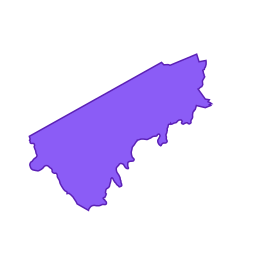 the district of Dubonaire, Dennery, Saint Lucia, rotated 145°
{"feature_id": "8701671B43196595047489", "entity_name": "Dubonaire", "entity_type": "district", "adm_level": 2, "iso_a3": "LCA", "parent_name": "Saint Lucia", "parent_adm1": "Dennery", "projection": "albers", "projection_center": [-60.92, 13.929], "detail": "fine", "context": "isolated", "style": "filled", "palette": "violet", "viewbox_px": 256, "rotation_deg": 145, "n_neighbors": 0, "source": "geoboundaries", "source_scale": "gbopen_adm2", "svg_char_len": 5711}
<svg xmlns="http://www.w3.org/2000/svg" viewBox="0 0 256 256"><g transform="rotate(145 128 128)"><path d="M213.6,177.8L213.7,177.6L214.0,176.7L214.2,175.8L214.5,175.0L214.6,174.9L214.9,174.7L215.5,174.6L215.7,174.4L215.8,174.3L215.8,174.1L215.7,173.5L215.8,173.2L215.9,172.9L216.4,172.3L216.5,172.2L216.5,171.8L216.4,171.4L216.2,171.0L215.8,170.6L215.5,170.4L215.1,170.2L214.7,169.9L214.1,169.3L214.1,169.2L214.0,168.7L214.3,167.7L214.4,167.4L214.9,167.0L215.2,166.8L215.5,166.6L215.7,166.4L216.4,163.9L216.6,162.6L216.9,162.0L217.2,161.3L217.8,159.9L217.9,159.5L217.9,159.0L218.0,158.5L218.1,158.2L218.2,157.9L218.4,157.6L218.6,157.4L219.2,157.0L219.3,156.9L219.6,156.8L220.2,156.7L220.8,156.6L221.2,156.6L222.0,156.7L222.5,156.6L223.3,156.5L225.3,155.8L225.8,155.7L226.5,155.8L227.0,155.8L227.7,155.6L228.4,155.2L228.7,155.0L229.5,154.2L229.7,153.9L229.8,153.6L230.5,151.5L230.6,150.5L230.6,150.1L230.3,149.0L230.1,148.6L229.9,148.2L228.5,146.7L228.1,146.2L227.6,145.8L226.9,145.0L226.5,144.7L226.3,144.5L225.8,144.3L225.0,144.1L223.3,143.9L222.6,143.9L221.4,143.9L220.6,144.0L218.9,144.5L218.6,144.6L217.4,144.5L217.1,144.4L216.8,144.3L216.2,143.9L215.5,143.2L215.2,142.4L215.0,141.7L214.8,140.5L214.1,138.7L214.1,138.4L214.1,137.5L214.1,137.3L214.5,136.8L215.0,136.1L215.1,135.8L215.2,135.2L215.1,134.7L214.9,134.1L214.3,133.2L214.1,133.0L213.8,132.8L213.0,132.4L212.9,132.2L212.7,131.6L212.7,131.1L212.9,130.1L213.1,129.8L213.2,129.6L213.7,128.8L213.9,128.6L214.0,127.9L214.1,126.7L214.2,125.2L214.3,124.4L214.7,123.3L215.3,121.8L215.4,121.3L215.5,120.8L215.6,119.9L215.8,118.2L215.8,117.3L215.9,115.5L215.9,114.7L215.8,113.7L215.7,112.9L214.9,111.2L214.7,110.8L214.8,110.4L214.9,110.0L215.6,109.2L213.8,108.3L213.1,105.9L212.6,102.9L212.7,100.9L212.8,97.3L213.2,95.0L207.6,83.2L207.0,83.8L206.6,84.0L204.8,84.7L203.5,85.0L202.8,85.0L202.0,84.9L200.9,84.5L199.9,83.9L198.6,82.6L196.4,81.0L195.5,80.6L193.2,80.1L192.5,79.9L192.0,79.5L191.2,78.8L190.7,78.4L190.1,78.2L189.6,78.2L189.3,78.3L189.1,78.4L188.8,78.8L188.6,79.0L188.3,79.7L188.2,80.2L188.3,80.9L188.4,81.4L188.4,81.5L188.5,81.6L188.5,81.8L188.3,82.8L188.6,83.1L188.8,83.5L188.8,84.0L188.7,84.3L188.6,84.8L188.0,84.9L187.5,84.8L187.0,84.5L186.8,84.4L186.6,84.5L185.9,85.0L185.1,85.3L184.8,85.5L184.2,86.1L183.9,86.3L183.6,86.4L183.6,86.6L183.7,87.6L183.6,87.9L182.7,88.9L181.7,89.9L181.3,90.2L180.4,90.5L179.2,90.4L178.0,90.4L177.4,90.6L176.5,91.0L176.0,91.5L175.7,91.8L175.2,92.3L173.9,93.3L173.0,94.0L172.2,94.8L171.9,95.2L171.5,95.7L171.0,96.2L170.7,96.3L170.4,96.4L170.0,96.5L169.9,96.4L169.6,96.2L169.4,95.8L169.4,95.2L169.6,94.5L169.8,92.7L169.8,91.7L169.9,91.4L169.7,90.6L169.6,89.7L169.6,89.1L169.7,88.6L169.7,88.3L169.5,87.6L169.4,87.0L169.1,86.4L169.0,85.8L169.0,85.0L168.9,84.8L168.7,84.7L168.3,84.5L167.2,84.4L166.7,84.2L166.4,84.3L166.0,84.6L165.3,86.0L165.2,86.4L165.1,87.1L164.9,87.6L164.2,88.7L163.9,90.1L163.3,91.4L163.0,91.9L162.6,94.2L162.5,95.1L162.5,97.9L162.3,98.7L161.9,99.8L161.2,101.1L160.5,101.9L159.8,102.3L159.2,102.4L158.7,102.5L157.6,102.8L157.3,102.8L156.6,103.0L155.9,103.4L155.7,103.4L154.6,103.3L154.3,103.1L153.4,102.3L152.9,101.4L152.6,100.8L152.7,98.9L152.8,98.5L152.8,97.7L152.7,96.8L152.5,96.0L152.3,95.6L151.5,94.8L151.0,94.6L150.6,94.9L150.5,95.1L150.2,96.6L149.6,97.6L148.7,98.9L147.9,99.7L147.4,99.9L146.3,99.8L146.0,99.7L145.6,99.6L144.7,99.2L144.4,98.9L143.3,98.3L142.7,98.0L142.1,98.0L141.4,98.4L141.1,98.6L140.9,99.2L140.9,99.8L141.1,100.7L141.2,101.8L140.6,103.7L140.3,104.4L139.6,105.7L139.1,106.5L137.7,107.7L137.0,108.3L136.3,109.0L135.8,109.6L135.4,109.9L135.0,109.9L133.7,110.4L132.3,110.7L131.6,111.1L130.5,111.5L129.8,111.8L129.1,112.0L128.4,112.1L128.1,112.2L127.9,112.3L127.5,112.7L127.3,112.8L126.9,112.4L125.8,112.1L123.8,111.5L123.0,111.0L121.7,110.1L119.2,107.8L118.9,107.6L118.2,107.4L116.7,107.2L115.2,106.8L114.3,106.8L112.6,106.8L110.7,105.9L109.6,105.2L108.7,105.1L108.2,105.3L108.1,105.5L107.6,105.6L106.7,105.6L106.1,105.3L106.0,104.9L106.0,104.2L106.0,103.6L106.3,103.2L106.9,102.7L107.6,102.4L108.5,101.9L109.7,101.3L110.6,100.9L111.2,100.1L111.6,99.4L111.9,98.1L112.0,96.6L111.8,95.8L111.6,95.2L111.4,94.7L111.1,94.7L110.7,94.7L110.0,95.3L108.2,95.5L107.8,95.4L106.1,94.3L105.5,94.1L105.1,94.0L104.7,94.1L104.2,94.2L103.7,94.5L103.4,95.0L103.2,95.5L103.0,97.0L101.6,98.7L101.5,99.3L101.3,99.8L100.6,100.9L99.4,101.6L98.9,102.0L98.4,102.4L97.8,103.1L97.2,103.5L96.5,104.7L96.1,105.2L95.9,105.3L94.8,105.8L94.1,106.5L93.2,107.4L92.8,107.6L92.4,107.6L92.1,107.5L91.9,107.3L91.6,107.1L91.0,106.9L90.5,107.2L90.7,106.4L89.1,105.8L88.9,105.8L88.1,105.8L87.8,105.7L87.2,105.5L85.5,104.8L84.9,104.8L84.1,105.1L83.5,105.2L82.2,105.3L81.6,105.2L81.4,105.1L80.5,104.5L80.3,104.5L79.9,104.1L79.7,103.7L79.8,102.5L80.1,102.2L80.5,102.0L81.1,101.7L81.3,101.5L81.3,100.7L81.0,100.1L80.6,99.5L79.6,99.3L78.7,99.3L77.7,98.9L77.2,98.8L76.6,98.5L76.3,98.1L76.2,97.8L76.2,97.1L76.0,96.8L75.5,96.2L75.0,96.1L74.1,96.0L73.4,96.2L73.2,96.4L72.8,97.1L72.5,97.7L72.1,98.0L71.5,98.4L69.7,99.1L69.2,99.5L68.7,100.0L68.0,101.1L67.5,101.9L66.8,102.5L66.3,103.2L66.0,103.5L65.3,103.8L64.3,104.0L64.1,104.2L63.7,104.3L63.8,104.4L63.8,104.5L62.2,104.7L59.1,107.2L53.0,100.3L47.3,99.0L47.5,99.7L47.9,100.4L47.1,100.4L46.3,100.2L45.6,99.9L46.1,101.5L47.4,103.6L45.2,104.5L48.1,107.3L48.3,119.7L47.4,119.5L46.6,119.7L45.8,119.8L44.8,119.8L43.9,119.6L41.9,120.6L40.5,123.2L39.9,124.0L37.1,125.3L36.0,125.8L35.6,126.3L35.7,127.1L35.0,128.3L34.8,129.6L34.0,131.1L33.9,132.1L33.6,132.4L31.9,132.2L30.9,133.2L29.9,133.5L29.5,133.7L27.5,135.4L26.0,137.5L25.4,138.6L31.8,141.5L29.4,149.1L57.8,155.3L58.3,156.5L59.5,157.4L62.4,159.2L62.9,162.5L213.6,177.8Z" fill="#8b5cf6" stroke="#5b21b6" stroke-width="1.5"/></g></svg>